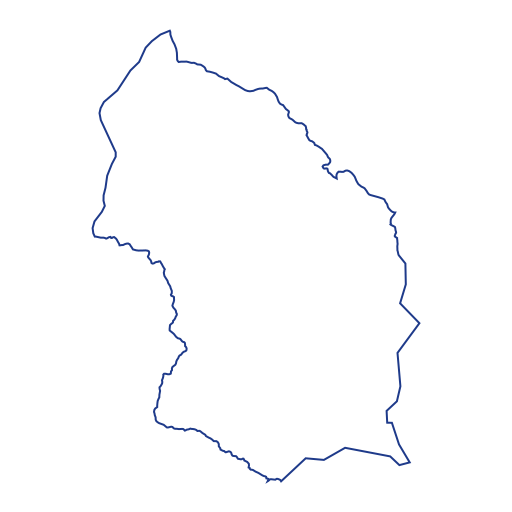 Sisian, Syunik, Armenia (Natural Earth projection)
{"feature_id": "60910142B33195245753630", "entity_name": "Sisian", "entity_type": "district", "adm_level": 2, "iso_a3": "ARM", "parent_name": "Armenia", "parent_adm1": "Syunik", "projection": "natural_earth1", "projection_center": [45.922, 39.579], "detail": "fine", "context": "isolated", "style": "outline", "palette": "blue", "viewbox_px": 512, "rotation_deg": 0, "n_neighbors": 0, "source": "geoboundaries", "source_scale": "gbopen_adm2", "svg_char_len": 6058}
<svg xmlns="http://www.w3.org/2000/svg" viewBox="0 0 512 512"><path d="M409.7,462.4L399.0,444.4L391.9,422.8L387.2,422.7L386.6,410.9L396.9,401.3L400.4,386.3L397.5,352.9L419.4,323.2L400.1,303.3L405.8,284.4L405.4,263.5L398.7,255.2L398.3,254.1L398.0,252.6L397.7,251.2L397.4,250.3L397.4,249.1L397.3,246.2L397.6,243.9L397.4,242.0L397.3,240.1L397.1,238.9L397.1,238.0L395.1,236.7L394.7,236.0L395.5,233.7L396.1,232.8L396.0,231.8L395.5,230.2L395.3,228.5L395.0,227.1L394.0,226.4L391.2,225.0L390.4,224.4L390.9,223.5L390.6,222.4L390.8,219.5L391.4,218.0L392.3,216.8L393.6,215.2L394.6,213.8L395.2,212.5L394.4,212.5L392.5,211.9L391.4,211.2L390.1,209.9L388.7,208.3L388.0,207.2L387.1,204.1L385.8,202.4L384.9,200.7L384.4,199.5L382.7,198.6L378.4,197.2L370.4,195.0L369.0,194.4L367.8,193.0L366.6,191.0L364.6,188.3L363.5,187.6L361.4,186.6L358.4,184.2L357.4,182.6L356.2,180.4L355.6,178.8L354.7,176.7L353.3,174.8L351.5,172.8L349.3,171.2L347.4,170.5L346.1,170.5L344.6,171.1L343.6,171.8L341.8,171.9L340.5,171.7L339.8,171.8L338.9,171.6L337.9,172.3L337.1,173.4L336.6,174.5L336.4,176.1L336.7,178.5L334.6,177.4L333.7,177.0L332.9,176.3L331.9,175.1L329.9,173.2L329.0,173.0L328.5,172.3L327.9,171.1L327.5,168.9L326.8,168.4L325.9,168.4L324.9,168.6L324.1,168.6L323.2,167.8L322.6,166.5L323.5,165.3L325.6,164.7L327.9,164.7L329.1,163.5L330.1,162.2L330.3,161.1L330.2,160.1L329.9,159.1L329.3,158.4L328.3,157.5L327.7,156.5L327.2,155.1L326.1,153.7L321.9,148.8L320.6,148.0L319.2,147.0L317.4,145.9L316.2,145.3L314.9,144.9L314.3,143.1L313.6,142.4L312.1,141.3L310.4,140.8L309.3,140.1L307.9,137.7L307.3,136.5L306.5,135.1L306.9,134.3L306.9,133.7L307.4,132.8L307.4,132.3L307.1,131.5L306.6,130.7L306.6,129.6L306.1,129.1L306.1,127.8L305.7,126.2L304.7,125.4L304.0,124.7L302.4,123.6L301.5,123.2L298.5,123.3L296.4,122.8L295.2,122.2L292.7,119.9L291.5,119.1L290.2,118.5L289.1,117.7L288.4,116.3L288.1,114.8L288.5,113.4L288.9,112.2L288.8,111.3L287.5,110.2L285.9,109.0L283.1,105.1L281.9,104.7L280.3,103.9L279.6,103.1L278.6,101.6L277.8,99.5L277.0,97.0L275.0,93.7L273.5,92.2L271.7,90.9L269.2,89.7L266.8,87.8L265.8,87.9L262.9,88.5L259.9,88.6L258.0,89.0L255.4,89.9L253.4,90.8L249.9,91.3L247.7,91.0L245.1,90.1L238.9,86.3L236.3,85.0L233.8,83.5L231.2,82.0L230.0,80.9L227.4,78.6L225.0,79.1L224.0,78.3L221.4,77.1L219.0,76.1L216.0,73.6L213.0,72.6L209.7,71.7L207.7,71.4L206.8,71.2L205.8,70.0L205.4,68.7L204.8,67.6L203.7,66.6L201.9,65.4L200.7,64.7L197.3,64.4L195.8,63.5L194.0,62.8L191.4,62.9L188.2,62.0L186.5,61.6L183.5,61.7L180.9,61.7L178.7,62.0L177.8,61.1L177.1,59.7L177.1,58.1L176.9,52.8L176.2,48.8L174.5,44.3L172.6,40.8L171.1,36.8L170.4,34.6L170.3,32.0L169.8,30.7L160.5,34.5L151.9,41.1L145.7,47.6L139.1,62.0L130.4,70.5L117.4,90.4L103.9,102.0L100.6,108.2L99.5,113.1L100.8,120.1L115.7,152.3L115.7,156.7L111.9,163.9L107.2,175.7L105.5,187.8L103.6,195.3L103.5,200.7L104.8,205.9L101.8,211.9L94.5,221.4L92.6,228.1L93.3,233.3L94.8,236.6L95.9,236.6L100.9,237.7L103.7,237.7L104.9,238.0L106.1,238.6L107.1,238.3L109.0,237.2L110.5,236.9L111.2,238.0L112.1,237.9L113.2,237.2L114.2,237.1L116.1,238.7L117.0,240.0L117.8,241.6L119.1,243.8L119.5,245.3L120.3,245.3L121.4,245.1L123.1,245.0L125.2,244.0L126.8,243.6L128.1,243.5L129.7,244.3L130.6,245.8L131.8,247.5L132.9,249.4L136.2,250.3L138.7,250.6L140.6,250.5L142.9,250.5L145.7,250.4L147.7,250.7L148.9,251.4L149.2,252.8L148.9,254.4L148.4,255.6L147.9,256.4L148.2,257.4L150.7,260.3L151.2,261.5L151.4,262.8L151.7,263.2L152.6,263.6L153.7,263.4L154.6,262.9L155.3,262.3L156.9,261.9L158.2,261.8L158.9,261.3L160.2,261.4L161.1,263.1L161.8,264.1L162.7,265.9L163.8,267.8L164.8,269.2L164.4,269.9L164.2,271.3L163.8,272.7L164.1,274.5L164.5,276.1L167.5,280.8L168.2,283.1L170.2,286.3L170.7,288.2L171.8,290.9L171.8,292.2L171.7,293.4L170.9,294.7L171.2,295.6L172.0,296.1L172.8,296.2L174.0,297.1L174.0,298.6L174.1,300.0L173.7,301.9L172.9,303.9L172.4,305.7L172.8,306.6L173.5,307.8L174.8,309.2L175.8,310.6L176.2,312.7L176.8,313.8L176.8,314.9L176.3,315.8L175.7,316.8L175.2,318.2L174.3,319.7L173.1,320.8L173.0,322.2L172.4,323.1L171.4,323.7L170.0,325.1L169.6,329.1L169.7,330.5L173.3,333.4L174.2,334.3L175.0,335.4L176.1,336.8L177.8,338.2L179.7,338.7L180.4,339.1L181.4,340.4L182.1,341.3L183.1,341.9L184.3,342.2L184.9,343.0L185.1,344.7L185.1,346.1L186.0,347.0L186.6,348.3L186.5,349.9L186.2,350.6L185.3,351.2L183.7,351.8L182.5,352.8L181.1,354.7L179.6,355.5L178.9,356.4L178.2,358.2L177.0,359.9L176.3,361.5L176.0,363.4L175.3,364.8L173.4,366.2L172.3,367.2L171.9,368.5L172.0,370.1L171.0,371.4L170.8,373.6L169.6,374.2L168.0,374.3L166.3,373.9L165.0,373.7L164.0,373.8L163.3,374.6L163.4,375.8L163.1,377.3L162.7,378.6L162.0,380.2L162.3,382.0L162.1,383.5L161.5,384.6L160.5,386.3L159.5,387.3L159.6,388.9L160.1,390.9L159.4,394.7L159.3,397.4L158.7,398.5L157.7,400.9L157.4,403.1L157.2,405.6L157.2,407.1L155.2,408.5L154.4,409.8L154.0,411.9L154.5,413.4L154.8,415.2L155.6,417.3L155.7,419.7L156.4,421.2L157.6,422.2L159.0,423.1L163.7,424.8L166.8,427.4L167.9,427.5L171.2,426.7L172.5,427.0L173.5,428.1L174.3,428.6L175.5,428.8L176.8,428.8L178.9,429.1L182.3,428.9L183.4,429.1L184.2,429.9L184.8,430.6L185.5,430.4L186.6,429.7L188.8,429.3L190.3,428.6L191.4,428.9L192.9,429.0L194.7,429.3L196.4,430.0L197.4,431.0L198.5,430.9L199.7,430.9L200.9,431.7L202.4,433.0L205.3,434.8L205.9,436.0L206.9,436.6L208.9,437.7L210.5,438.4L212.3,439.7L213.7,441.1L216.5,441.2L218.0,442.4L218.8,444.1L218.8,446.3L220.3,448.3L220.5,449.6L222.9,450.8L224.3,451.1L224.9,451.8L225.8,452.3L228.9,451.3L230.5,451.9L231.3,453.0L231.6,454.3L232.3,455.5L233.0,455.9L234.8,456.1L235.9,456.1L236.8,456.9L237.4,458.0L238.0,458.8L239.8,459.1L240.7,459.3L241.8,459.2L242.6,458.7L243.5,458.7L244.1,459.6L244.3,460.5L247.2,461.9L248.8,463.7L249.0,465.3L248.6,467.5L249.7,468.0L249.8,468.8L250.8,469.7L251.8,469.7L253.0,470.0L255.5,471.6L258.4,472.9L262.4,475.4L264.0,476.1L265.1,476.3L266.1,476.8L266.4,478.4L267.3,478.5L268.3,478.9L268.4,479.7L267.7,481.2L268.5,480.7L269.9,479.4L270.9,479.2L275.3,479.7L276.5,478.9L277.8,478.9L279.4,479.5L280.3,480.0L281.1,481.3L305.7,458.3L323.9,459.9L345.1,447.8L390.2,456.4L399.4,465.1L409.7,462.4Z" fill="none" stroke="#1e3a8a" stroke-width="2"/></svg>